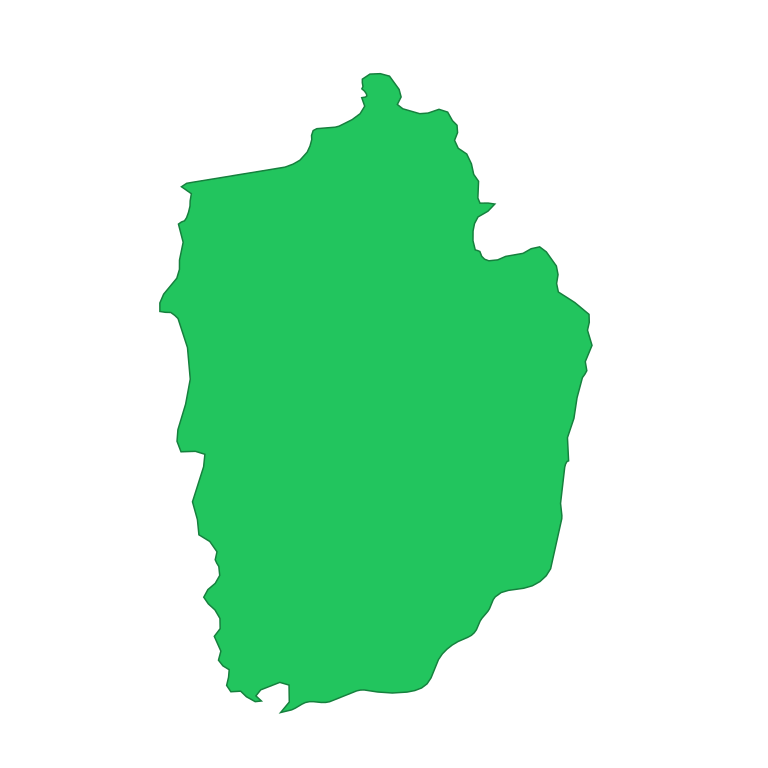 the border of Savannakhét, rotated 261°
{"feature_id": "LAO-3282", "entity_name": "Savannakhét", "entity_type": "Province", "adm_level": 1, "iso_a3": "LAO", "parent_name": "Laos", "parent_adm1": "", "projection": "robinson", "projection_center": [105.728, 16.499], "detail": "fine", "context": "isolated", "style": "filled", "palette": "green", "viewbox_px": 768, "rotation_deg": 261, "n_neighbors": 0, "source": "natural_earth", "source_scale": "10m", "svg_char_len": 2508}
<svg xmlns="http://www.w3.org/2000/svg" viewBox="0 0 768 768"><g transform="rotate(261 384 384)"><path d="M79.1,273.5L79.2,272.5L81.3,264.6L81.9,260.7L81.7,256.5L80.6,252.8L77.7,245.6L76.6,241.8L75.7,230.5L84.7,240.7L101.5,243.1L105.6,234.4L101.2,214.4L96.0,208.7L90.1,213.3L90.4,207.1L96.6,199.2L103.0,194.4L104.0,184.6L110.9,181.4L118.7,184.6L126.0,186.4L130.8,180.8L137.1,177.3L145.7,181.1L161.3,176.9L168.0,183.9L178.1,185.3L187.3,181.7L194.3,176.1L201.6,172.6L208.5,177.9L213.5,186.1L220.6,191.8L229.6,192.3L233.2,190.8L236.8,189.8L244.4,192.8L255.7,187.3L264.0,177.6L279.2,178.5L297.6,176.4L330.5,192.9L342.6,196.1L347.0,187.2L348.8,172.9L359.8,170.6L371.1,173.3L395.1,184.9L419.1,193.4L450.7,195.6L480.9,190.8L484.6,188.0L488.0,184.6L489.0,179.3L490.7,174.0L499.1,175.3L507.2,180.4L520.9,195.9L529.2,199.9L538.4,201.4L555.4,207.8L574.1,206.0L575.7,209.2L576.4,212.5L579.1,215.0L584.2,217.8L590.0,220.2L595.2,221.2L602.1,223.5L610.5,214.8L613.1,220.5L613.2,228.1L613.7,320.2L615.4,328.6L618.2,336.0L625.0,344.4L630.7,348.2L636.8,350.9L640.8,351.3L645.4,353.7L646.7,357.6L645.3,376.0L645.7,380.0L650.0,393.6L654.7,402.7L661.4,408.4L670.3,406.8L670.3,410.6L671.2,412.1L673.3,412.0L676.3,410.6L679.0,408.3L681.1,409.8L684.9,409.7L688.5,410.3L692.3,418.6L691.1,428.9L687.2,437.6L672.6,445.0L664.8,445.8L658.0,440.9L652.9,445.6L645.4,461.6L644.7,469.9L646.7,481.3L642.6,489.4L633.4,492.8L628.1,496.6L620.8,496.0L613.6,491.8L605.2,494.2L598.2,501.7L587.8,504.8L577.0,505.4L569.4,509.1L553.0,505.8L547.6,507.1L546.4,515.2L544.4,521.6L538.4,513.7L534.3,503.0L528.3,498.5L521.2,495.9L511.6,494.3L502.2,495.1L501.2,497.2L499.9,499.4L494.8,500.5L491.5,502.9L489.3,506.8L488.8,515.7L491.0,524.1L491.3,541.8L494.6,550.5L495.1,559.2L489.1,565.0L473.6,572.7L464.8,573.0L456.3,570.2L447.6,570.6L434.6,585.2L420.7,597.4L412.8,596.4L405.3,593.4L389.6,595.5L374.6,586.3L365.4,586.4L362.2,583.9L359.3,581.0L340.2,572.5L320.3,566.2L302.3,556.8L279.2,554.3L278.8,552.6L276.5,550.8L273.6,549.5L238.5,539.7L226.2,539.1L223.1,538.5L183.9,523.0L175.5,519.7L169.2,514.2L164.5,507.2L161.5,499.0L160.4,490.0L160.7,474.6L159.7,467.1L156.4,460.6L154.0,458.2L148.1,454.6L145.5,453.0L143.2,451.0L137.3,444.1L134.9,441.9L126.8,436.8L124.1,434.1L122.1,431.0L120.8,427.4L118.0,416.7L115.5,410.5L112.3,404.8L108.3,399.4L103.3,394.7L86.4,384.5L81.1,379.6L77.9,373.6L76.4,366.5L76.1,358.7L77.5,343.9L80.8,329.5L84.9,316.6L85.4,312.9L85.2,309.1L78.7,280.6L78.6,276.6L79.1,273.5Z" fill="#22c55e" stroke="#15803d" stroke-width="1.5"/></g></svg>